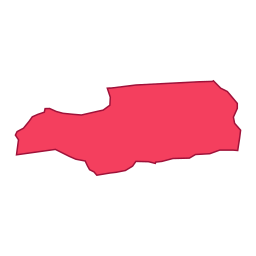 the district of Eskilstuna, Södermanland, Sweden
{"feature_id": "70781695B99698101105625", "entity_name": "Eskilstuna", "entity_type": "district", "adm_level": 2, "iso_a3": "SWE", "parent_name": "Sweden", "parent_adm1": "Södermanland", "projection": "natural_earth1", "projection_center": [16.38, 59.332], "detail": "fine", "context": "isolated", "style": "filled", "palette": "rose", "viewbox_px": 256, "rotation_deg": 0, "n_neighbors": 0, "source": "geoboundaries", "source_scale": "gbopen_adm2", "svg_char_len": 828}
<svg xmlns="http://www.w3.org/2000/svg" viewBox="0 0 256 256"><path d="M237.7,150.5L239.6,138.1L240.6,130.2L234.6,123.3L233.4,117.1L237.3,108.4L237.3,103.4L232.8,98.0L227.3,91.5L220.7,88.2L213.4,80.8L212.4,81.4L198.7,81.8L135.9,85.0L110.0,88.2L109.9,88.0L107.3,88.2L110.3,97.2L109.9,105.2L103.2,110.1L97.6,111.3L89.8,113.1L81.4,115.0L72.9,114.3L63.0,113.3L56.3,111.5L49.6,108.5L45.1,108.6L44.3,112.2L38.0,114.3L32.3,116.8L29.2,121.2L23.5,128.2L17.1,131.6L15.4,135.1L18.5,139.8L16.5,154.8L55.4,149.4L69.2,156.3L75.8,159.2L85.2,161.0L87.4,165.7L89.6,169.7L94.0,171.9L96.8,175.2L110.0,173.0L116.1,172.3L125.4,170.5L132.6,166.1L135.9,161.4L148.6,161.7L155.3,163.4L155.8,162.1L161.9,161.4L172.9,158.5L189.4,158.1L195.5,154.5L209.8,153.7L219.7,150.1L233.0,150.1L237.7,150.5Z" fill="#f43f5e" stroke="#9f1239" stroke-width="1.5"/></svg>